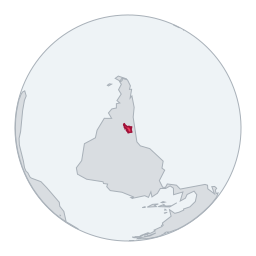 Catamarca on an orthographic globe, rotated 168°
{"feature_id": "ARG-1300", "entity_name": "Catamarca", "entity_type": "Province", "adm_level": 1, "iso_a3": "ARG", "parent_name": "Argentina", "parent_adm1": "", "projection": "orthographic", "projection_center": [-67.01, -27.65], "detail": "fine", "context": "on_globe", "style": "filled", "palette": "rose", "viewbox_px": 256, "rotation_deg": 168, "n_neighbors": 0, "source": "natural_earth", "source_scale": "10m", "svg_char_len": 4918}
<svg xmlns="http://www.w3.org/2000/svg" viewBox="0 0 256 256"><g transform="rotate(168 128 128)"><circle cx="128" cy="128" r="113" fill="#eef3f6" stroke="#a8b0b8"/><path d="M64.7,34.8L64.8,34.7L71.7,30.5L78.8,26.7L86.1,23.4L93.7,20.7L101.5,18.5L101.0,18.6L101.9,18.6L111.1,17.3L110.4,17.9L112.2,18.3L114.2,17.6L113.5,17.1L117.7,16.3L116.4,16.1L117.9,15.9L122.4,15.5L125.5,15.4L125.7,15.6L127.3,15.7L130.4,15.5L133.7,16.1L141.1,17.4L141.6,17.8L136.8,18.1L128.8,17.9L122.5,19.6L130.5,18.3L131.5,19.8L133.3,20.1L135.5,20.1L136.7,19.6L137.8,20.2L130.3,21.4L129.2,20.8L131.6,20.4L127.8,20.4L122.8,21.7L123.7,22.7L115.1,24.6L115.6,25.5L114.1,26.5L113.8,25.0L114.1,27.9L104.2,32.7L104.4,39.5L100.0,34.8L95.7,35.0L90.6,36.1L90.5,37.2L83.8,38.0L77.4,42.1L74.6,48.4L76.5,52.5L84.0,50.7L86.5,47.4L92.1,45.7L87.6,54.0L97.3,53.3L96.1,59.7L98.8,62.6L103.8,61.0L109.0,62.1L112.8,58.0L118.9,55.6L118.9,60.8L122.4,55.9L125.7,58.3L137.9,58.3L136.9,59.4L147.2,66.4L158.4,70.5L161.0,75.0L159.6,77.4L163.5,78.8L163.6,80.6L179.1,86.5L187.0,93.3L186.8,99.8L180.1,105.7L173.9,121.7L161.9,125.2L158.7,132.3L149.2,142.4L142.0,140.8L144.0,146.8L139.9,150.0L135.2,150.0L134.3,154.2L130.8,154.2L133.1,157.1L127.6,162.6L129.3,167.4L125.4,172.2L126.6,175.1L125.1,175.0L123.5,176.1L123.4,177.8L118.5,175.2L116.9,168.8L118.5,165.5L116.4,165.1L119.7,156.8L117.5,158.6L117.7,146.9L120.7,137.5L122.2,112.6L119.7,108.0L111.0,103.3L100.5,88.3L103.1,81.7L100.9,79.1L108.3,70.0L106.4,62.8L103.8,62.1L101.2,65.1L92.5,62.0L89.6,57.4L64.4,56.8L62.1,55.5L62.6,51.9L57.1,45.6L58.2,53.2L55.4,52.8L53.8,50.6L55.5,49.1L55.4,45.6L53.4,45.8L55.7,42.0L61.6,37.0L64.7,34.8ZM103.6,42.1L114.8,44.8L108.2,45.8L109.5,45.0L106.7,43.7L101.5,42.9L95.8,44.7L103.6,42.1ZM109.1,37.4L107.1,37.4L109.1,37.1L109.1,37.4ZM116.4,16.0L116.1,16.0L116.4,16.0ZM126.7,180.8L118.9,176.2L123.3,178.2L126.1,175.6L130.2,179.2L126.7,180.8ZM135.0,174.3L138.4,173.2L139.3,174.1L137.1,175.1L135.0,174.3ZM209.0,49.7L209.8,50.6L208.2,49.3L204.5,46.0L197.5,39.5L199.0,40.6L209.0,49.7ZM230.2,175.3L228.4,179.1L228.1,179.2L225.8,182.9L223.7,185.1L221.3,185.8L220.9,180.5L223.5,176.7L227.4,167.1L233.8,146.8L236.7,140.5L237.8,134.1L237.2,117.1L237.5,110.7L236.7,106.7L235.4,105.3L234.1,100.5L233.0,99.1L224.3,93.6L219.9,86.5L210.7,69.7L211.0,65.6L208.1,59.7L208.0,49.2L211.3,52.4L212.5,53.6L217.7,59.8L222.4,66.5L226.6,73.5L230.2,80.7L233.4,88.2L236.0,95.9L238.0,103.8L239.5,111.8L240.3,119.9L240.6,128.0L240.3,136.1L239.5,144.2L238.0,152.2L236.0,160.1L233.4,167.8L230.2,175.3ZM212.0,55.8L212.9,57.4L212.0,55.8ZM138.3,58.2L139.7,59.3L137.8,59.3L138.3,58.2ZM107.2,47.8L109.6,47.6L110.9,48.2L109.0,48.7L107.2,47.8ZM127.8,46.7L130.7,47.2L127.7,47.5L127.8,46.7ZM116.6,45.2L125.6,46.6L119.8,48.2L114.1,47.4L118.1,46.8L116.6,45.2ZM107.8,39.9L109.2,40.1L108.7,40.9L107.8,39.9ZM110.5,37.3L109.9,37.4L109.2,36.9L110.5,37.3ZM131.9,19.7L132.5,19.7L134.8,19.8L133.6,20.0L131.9,19.7ZM145.1,19.5L146.6,20.6L144.7,19.9L143.5,20.2L138.0,19.2L141.5,17.9L140.9,18.6L145.1,19.5ZM131.6,18.0L134.7,18.5L131.2,18.1L131.6,18.0ZM128.3,15.4L128.8,15.4L127.7,15.4L128.3,15.4ZM150.4,17.6L150.5,17.6L145.6,16.7L145.3,16.7L150.4,17.6ZM56.7,215.2L57.6,215.9L61.8,219.1L62.2,219.4L56.7,215.2ZM52.9,212.0L53.6,212.5L52.9,212.0Z" fill="#d9dde1" stroke="#a8b0b8" stroke-width="1"/><path d="M125.7,126.8L125.7,126.7L125.4,126.0L125.3,125.9L125.2,125.8L125.2,125.7L125.2,125.4L125.3,125.3L125.5,125.1L125.4,124.5L125.4,124.3L125.3,124.2L125.2,124.0L125.3,123.9L125.2,123.9L125.2,123.7L125.3,123.2L126.6,123.4L128.7,123.3L128.8,123.3L128.9,123.6L129.0,123.7L129.0,123.8L128.9,123.9L128.9,124.0L128.7,124.1L128.4,124.2L128.3,124.3L128.4,124.5L128.5,124.8L128.7,125.0L128.8,125.1L128.8,125.3L129.0,125.4L129.0,125.5L129.2,125.3L129.2,125.2L129.3,125.2L129.5,125.1L129.7,125.3L129.6,125.5L129.5,125.8L129.8,126.0L130.0,126.1L130.0,126.3L130.0,126.5L129.9,126.7L129.8,126.8L129.7,126.9L129.7,127.0L129.5,127.3L129.4,127.3L129.5,127.4L129.7,127.5L129.8,127.5L129.8,127.9L129.9,128.0L130.0,128.1L130.0,128.3L130.3,128.3L130.3,128.5L130.5,128.8L130.6,128.7L130.9,128.4L130.9,128.5L131.0,128.5L131.3,129.3L131.4,129.5L131.3,129.8L131.2,129.8L131.2,130.0L131.3,130.0L131.3,130.5L131.4,131.3L131.5,131.4L131.6,131.6L131.6,131.8L131.5,132.3L131.3,132.6L131.2,132.8L130.7,132.9L130.5,132.3L130.4,132.1L130.3,131.9L130.2,131.7L130.2,131.4L130.1,131.2L129.8,130.8L129.7,130.8L129.5,130.6L129.2,130.4L129.1,130.2L128.9,129.9L128.9,129.7L128.7,129.5L128.4,129.3L128.1,129.2L127.9,129.2L127.9,129.3L127.7,129.4L126.8,129.4L126.7,129.4L126.4,129.2L126.4,128.9L126.3,129.0L126.2,129.0L126.1,128.9L125.9,128.9L125.7,128.8L125.7,128.7L125.5,128.4L125.5,128.2L125.4,128.2L125.3,128.3L125.2,128.3L125.2,128.2L125.0,128.3L124.9,128.3L124.3,128.3L124.3,128.2L124.4,127.9L124.5,127.8L124.5,127.7L124.7,127.3L124.7,127.2L124.8,127.0L124.9,126.9L125.0,127.0L125.3,127.0L125.3,126.9L125.5,126.9L125.7,126.8Z" fill="#f43f5e" stroke="#9f1239" stroke-width="1.5"/></g></svg>